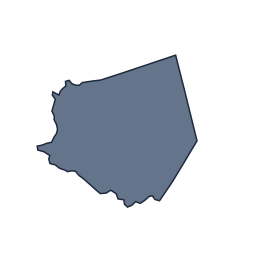 outline of Chã Preta, Alagoas, Brazil, rotated 320°
{"feature_id": "56859067B70513869216863", "entity_name": "Chã Preta", "entity_type": "district", "adm_level": 2, "iso_a3": "BRA", "parent_name": "Brazil", "parent_adm1": "Alagoas", "projection": "mercator", "projection_center": [-36.315, -9.242], "detail": "fine", "context": "isolated", "style": "filled", "palette": "slate", "viewbox_px": 256, "rotation_deg": 320, "n_neighbors": 0, "source": "geoboundaries", "source_scale": "gbopen_adm2", "svg_char_len": 875}
<svg xmlns="http://www.w3.org/2000/svg" viewBox="0 0 256 256"><g transform="rotate(320 128 128)"><path d="M45.4,105.1L48.6,109.5L49.4,113.9L50.7,116.8L52.5,119.4L53.6,122.5L57.5,124.7L59.9,127.4L60.0,133.0L61.4,139.0L63.8,155.9L64.6,160.4L69.4,163.8L74.8,164.6L76.7,170.7L74.8,176.0L78.7,180.4L76.3,184.1L76.7,188.2L81.1,189.7L86.5,189.3L88.9,193.6L94.3,194.2L100.1,194.0L103.1,195.6L102.7,200.1L105.4,204.0L127.2,197.8L148.1,190.7L172.6,182.2L195.7,135.1L211.3,102.8L156.2,81.1L137.9,73.7L131.0,69.2L122.1,63.8L118.3,64.0L115.2,61.3L113.5,57.7L113.6,53.7L110.1,52.1L107.4,55.8L102.6,55.9L99.4,56.5L96.2,58.4L93.7,52.0L91.1,54.3L90.8,59.2L85.0,63.2L80.6,66.1L79.1,71.7L76.8,74.0L75.3,79.9L72.9,84.0L69.3,86.4L65.6,87.4L60.3,89.8L55.7,87.4L51.2,85.9L46.8,83.5L44.7,86.9L48.3,92.1L50.4,98.8L47.3,100.9L45.4,105.1Z" fill="#64748b" stroke="#1e293b" stroke-width="1.5"/></g></svg>